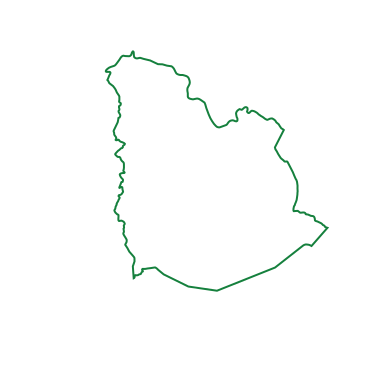 the district of Meambar, Comayagua, Honduras, rotated 300°
{"feature_id": "27666195B59484840238498", "entity_name": "Meambar", "entity_type": "district", "adm_level": 2, "iso_a3": "HND", "parent_name": "Honduras", "parent_adm1": "Comayagua", "projection": "orthographic", "projection_center": [-87.769, 14.843], "detail": "fine", "context": "isolated", "style": "outline", "palette": "green", "viewbox_px": 384, "rotation_deg": 300, "n_neighbors": 0, "source": "geoboundaries", "source_scale": "gbopen_adm2", "svg_char_len": 6025}
<svg xmlns="http://www.w3.org/2000/svg" viewBox="0 0 384 384"><g transform="rotate(300 192 192)"><path d="M228.7,327.2L228.3,324.8L229.0,323.5L229.0,322.9L228.9,321.9L229.4,320.4L229.5,319.3L229.3,317.0L229.2,315.4L228.8,313.9L228.8,313.0L228.9,312.7L229.3,312.4L230.5,311.5L231.3,310.6L231.6,309.9L231.7,309.3L231.5,308.5L230.8,306.9L230.7,305.9L230.5,303.8L229.7,301.9L229.7,301.5L230.1,301.2L230.3,300.7L230.4,300.1L230.3,299.4L229.8,298.4L228.7,296.9L228.2,296.1L228.2,295.7L228.5,293.6L228.5,293.0L227.4,291.3L226.4,289.9L226.3,289.7L226.6,289.2L228.1,288.3L230.5,287.5L231.1,287.5L231.9,287.6L232.9,287.3L235.2,287.0L237.4,286.6L238.7,286.1L242.4,284.6L244.1,283.7L245.3,283.2L247.8,281.6L250.3,280.2L253.4,277.8L254.6,276.4L255.3,275.1L257.2,272.5L259.6,269.4L264.3,262.1L265.8,259.7L265.9,259.3L265.9,258.9L265.0,257.6L264.7,256.9L264.8,256.4L265.1,255.7L265.6,252.5L265.9,251.6L268.0,247.6L269.6,245.1L270.7,242.9L272.1,241.5L291.6,240.5L291.8,239.3L291.8,237.9L291.8,237.5L292.9,235.2L294.0,233.2L294.5,230.2L295.5,228.4L295.8,226.6L295.8,225.1L295.7,224.5L295.3,223.9L294.5,222.9L292.3,221.3L292.1,221.0L292.0,220.4L291.9,218.9L292.3,215.9L292.3,213.2L292.5,212.2L292.5,211.0L293.0,209.2L293.1,208.2L293.1,205.9L292.9,204.8L292.5,203.6L292.1,203.0L291.5,202.7L289.3,202.1L288.8,201.7L288.6,201.2L288.7,200.4L289.1,199.5L291.0,199.0L292.0,198.4L292.5,197.9L292.6,197.4L292.6,196.8L292.4,196.2L292.0,195.7L291.4,195.2L288.7,194.3L288.1,194.0L288.0,193.8L287.6,191.9L287.5,191.7L286.5,191.2L285.3,190.7L284.1,190.5L282.9,190.6L282.0,190.9L280.4,192.2L279.3,193.2L278.5,194.4L277.9,194.9L276.8,195.5L276.3,195.6L276.0,195.5L275.4,195.1L275.1,194.4L274.9,193.8L274.8,192.7L274.5,191.5L274.1,190.9L273.3,190.0L272.4,189.3L271.4,188.9L270.6,188.7L268.2,188.5L267.4,188.3L267.1,188.1L262.0,183.8L261.6,183.3L261.3,182.7L261.1,182.1L260.9,181.3L261.0,180.4L261.2,179.4L262.0,176.9L263.5,173.8L265.1,171.0L266.7,168.8L267.5,167.7L271.8,162.5L274.5,159.7L275.7,158.1L276.1,153.4L276.1,151.9L276.0,151.2L275.7,150.1L275.2,149.3L272.8,146.6L272.6,146.2L272.1,144.8L271.7,143.2L271.7,142.2L272.0,141.3L272.5,140.7L275.4,139.0L277.3,137.4L278.8,136.5L280.0,136.1L283.0,136.0L284.2,135.9L285.1,135.6L285.8,135.3L287.0,134.4L288.2,133.1L289.1,131.9L289.5,130.8L289.6,129.4L289.2,127.4L288.7,125.5L287.6,123.6L287.1,122.3L286.9,121.3L286.8,120.1L286.9,119.2L287.2,118.6L288.0,117.3L289.5,115.1L290.0,114.1L290.5,112.5L290.6,111.4L288.9,107.1L287.8,102.6L285.7,98.6L285.0,90.0L283.1,83.6L282.4,80.5L282.2,79.9L281.9,79.5L280.7,78.2L280.2,77.6L279.9,76.9L279.7,76.1L279.8,75.0L279.9,74.6L280.2,74.3L281.0,73.5L283.9,71.6L284.2,71.1L284.3,70.7L284.1,70.4L283.1,70.3L282.5,70.3L281.3,70.6L280.0,70.7L279.4,70.5L278.7,70.2L278.2,69.7L277.9,69.2L276.3,66.1L275.7,64.4L275.3,64.0L274.7,63.6L273.8,63.3L273.0,63.1L270.4,63.0L266.5,62.6L264.3,62.3L263.5,62.1L262.8,61.8L262.1,61.3L259.9,59.3L258.3,58.1L256.3,57.2L254.8,56.8L254.2,56.8L253.6,56.9L253.3,57.2L253.2,57.5L253.3,57.9L254.8,60.5L254.9,60.8L254.8,61.2L254.7,61.5L254.4,61.8L254.1,61.9L253.4,62.1L251.4,62.1L248.2,62.6L246.7,62.7L246.3,63.9L244.9,66.0L244.5,68.9L244.3,70.6L243.4,72.8L242.5,74.6L240.6,77.2L239.0,80.5L238.3,81.4L235.2,83.2L234.3,83.4L233.7,83.8L233.4,84.6L233.4,85.5L233.2,85.9L232.9,86.2L231.9,86.6L231.6,86.6L231.0,86.5L229.8,85.9L228.7,86.5L227.6,87.6L227.1,87.9L226.7,88.0L225.5,87.9L225.2,88.0L224.5,88.6L223.1,91.0L222.6,91.5L221.7,91.9L220.9,92.0L220.3,92.0L220.0,91.8L219.5,91.3L219.2,91.3L217.9,91.9L215.2,92.8L207.4,93.4L206.1,93.5L205.6,93.7L205.2,93.9L204.4,94.9L202.8,96.0L202.3,96.9L201.7,98.4L201.0,99.3L200.4,99.7L199.3,99.7L199.0,99.8L198.9,99.9L198.9,100.4L199.2,100.9L199.6,101.3L200.3,101.8L200.5,102.3L200.5,102.7L200.2,103.1L200.1,103.5L199.9,104.5L199.9,105.2L200.3,107.0L200.4,108.9L200.1,109.8L199.3,109.9L197.6,109.2L196.8,109.3L196.2,109.7L195.4,109.6L195.1,109.5L194.7,109.0L194.1,108.6L192.0,108.0L191.3,107.6L190.5,107.3L187.9,106.7L186.8,106.5L186.4,106.6L186.1,106.8L185.8,107.6L185.5,108.8L185.3,109.8L185.4,110.5L185.8,111.1L186.0,111.5L186.0,112.3L185.7,112.9L184.7,114.0L184.2,114.9L183.7,116.2L183.5,117.5L183.2,118.1L182.8,118.6L181.6,119.4L179.2,120.8L177.4,121.6L176.6,121.7L176.1,121.9L175.8,122.3L175.5,123.3L175.1,123.9L174.8,123.9L174.5,123.7L173.5,122.1L172.3,121.0L171.7,120.7L171.1,120.7L170.5,121.2L169.6,122.4L169.0,123.6L168.4,125.6L168.1,126.1L167.6,126.4L167.1,126.6L166.1,126.8L165.6,126.4L165.4,126.0L165.1,125.9L161.8,126.5L160.0,126.7L159.4,126.9L159.3,127.1L159.4,127.3L160.6,127.9L161.0,128.3L161.2,128.7L161.2,129.2L160.8,129.6L159.5,130.5L158.2,131.8L157.7,132.2L157.1,132.2L155.2,132.1L154.6,131.9L153.8,131.5L152.9,130.5L152.6,130.3L152.2,130.3L151.8,130.4L151.6,130.6L151.1,132.0L150.5,132.3L149.8,132.4L148.9,132.3L146.9,132.6L145.4,132.5L144.1,132.7L143.8,132.7L143.5,133.0L143.1,133.1L141.1,133.2L139.2,133.9L137.6,133.9L137.1,134.1L136.5,134.9L135.9,135.9L135.3,138.3L135.4,139.1L135.2,139.9L134.4,140.4L131.8,141.7L130.7,142.5L130.5,142.9L130.4,143.2L130.5,143.5L131.8,145.0L132.0,145.5L132.0,145.9L132.1,147.6L131.6,148.7L131.1,149.4L130.9,149.6L130.6,149.7L128.9,149.7L127.3,150.9L126.8,151.1L126.2,151.0L125.8,151.2L125.1,151.8L123.6,152.9L122.9,153.1L122.2,153.1L121.7,153.3L121.3,153.6L120.7,154.5L119.9,155.9L119.3,157.1L118.7,158.1L118.2,159.0L117.8,159.4L117.0,159.9L116.0,160.3L115.3,160.4L113.9,160.4L112.9,160.6L111.2,164.0L109.0,167.5L107.1,173.1L106.5,174.6L106.0,175.2L103.2,176.9L99.3,177.7L98.1,177.9L88.2,184.6L88.7,184.9L89.3,184.9L89.9,184.7L91.0,184.3L91.4,184.3L91.7,184.6L92.2,185.8L92.8,186.6L93.2,186.9L94.3,187.5L95.0,188.3L95.4,188.6L96.2,188.6L97.2,188.5L98.0,188.7L98.5,189.1L98.8,189.1L99.0,188.9L99.6,187.7L100.1,187.5L100.6,187.6L100.9,187.9L101.2,188.6L102.2,190.2L103.5,191.7L105.3,194.1L107.8,197.2L108.2,197.8L108.3,198.3L108.1,200.2L107.7,201.5L106.5,208.7L108.3,236.1L119.0,263.0L168.1,301.7L201.2,315.0L202.4,315.7L203.5,316.8L203.7,317.2L204.5,319.0L204.8,320.0L204.9,320.4L205.0,322.5L228.7,327.2Z" fill="none" stroke="#15803d" stroke-width="2"/></g></svg>